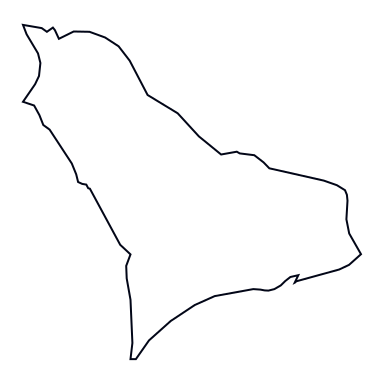 outline of Western
{"feature_id": "SLE-761", "entity_name": "Western", "entity_type": "Province", "adm_level": 1, "iso_a3": "SLE", "parent_name": "Sierra Leone", "parent_adm1": "", "projection": "natural_earth1", "projection_center": [-13.113, 8.336], "detail": "fine", "context": "isolated", "style": "outline", "palette": "ink", "viewbox_px": 384, "rotation_deg": 0, "n_neighbors": 0, "source": "natural_earth", "source_scale": "10m", "svg_char_len": 949}
<svg xmlns="http://www.w3.org/2000/svg" viewBox="0 0 384 384"><path d="M294.7,282.7L298.3,275.2L290.4,277.0L285.4,280.9L280.8,285.4L274.4,289.1L268.4,290.6L264.6,290.4L260.4,289.6L253.3,289.1L214.7,296.1L194.8,305.0L170.7,321.0L149.0,340.4L135.9,359.1L130.5,359.1L132.4,343.0L130.5,299.8L126.7,278.4L126.2,265.9L130.5,254.4L120.2,244.8L89.9,188.7L88.2,188.2L86.3,184.6L82.2,183.9L78.1,182.0L76.2,174.3L71.8,163.5L49.6,129.6L43.3,125.0L39.4,115.1L34.1,105.5L23.0,101.8L35.1,84.2L39.0,76.0L40.4,63.0L38.0,53.4L26.6,34.3L23.0,24.9L41.7,28.1L46.9,31.8L52.9,27.6L54.9,30.1L58.9,38.8L73.7,31.5L89.5,31.8L105.1,37.5L118.6,46.3L129.7,60.7L147.6,95.0L177.7,113.3L198.9,136.4L221.1,154.5L236.8,151.7L239.7,153.4L254.3,155.2L263.6,162.4L269.3,168.3L323.8,180.6L336.9,185.2L345.0,190.2L346.9,194.8L347.5,200.7L346.4,219.3L349.2,233.5L361.0,254.2L349.0,264.9L339.2,269.5L296.3,281.3L294.9,282.6L294.7,282.7Z" fill="none" stroke="#020617" stroke-width="2"/></svg>